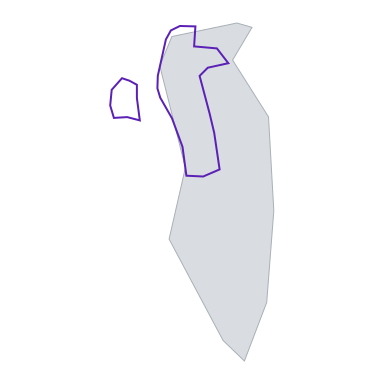 Bahrain, with Ash Shamālīyah highlighted
{"feature_id": "BHR-4927", "entity_name": "Ash Shamālīyah", "entity_type": "Governorate", "adm_level": 1, "iso_a3": "BHR", "parent_name": "Bahrain", "parent_adm1": "", "projection": "mercator", "projection_center": [50.465, 26.145], "detail": "fine", "context": "in_parent", "style": "outline", "palette": "violet", "viewbox_px": 384, "rotation_deg": 0, "n_neighbors": 0, "source": "natural_earth", "source_scale": "10m", "svg_char_len": 717}
<svg xmlns="http://www.w3.org/2000/svg" viewBox="0 0 384 384"><path d="M266.7,302.4L244.4,361.0L223.1,340.5L169.1,239.1L185.4,167.7L159.8,65.9L171.9,36.5L236.9,23.0L252.0,27.4L232.6,60.1L268.5,116.9L273.8,210.8L266.7,302.4Z" fill="#d9dde1" stroke="#a8b0b8" stroke-width="1"/><path d="M186.4,175.7L182.5,146.8L172.0,118.3L160.2,97.6L157.4,88.3L157.8,75.8L165.9,39.4L170.9,30.4L179.9,26.0L180.0,26.0L180.7,26.0L195.4,26.4L194.1,46.4L216.9,48.4L228.3,63.2L207.8,67.7L199.6,75.9L209.6,113.5L214.2,132.8L219.6,169.4L203.2,176.5L186.4,175.7ZM122.0,78.2L129.4,80.7L136.9,84.8L136.9,98.1L138.3,108.8L139.8,120.4L127.2,117.1L113.9,117.9L110.2,105.5L111.7,89.8L122.0,78.2Z" fill="none" stroke="#5b21b6" stroke-width="2"/></svg>